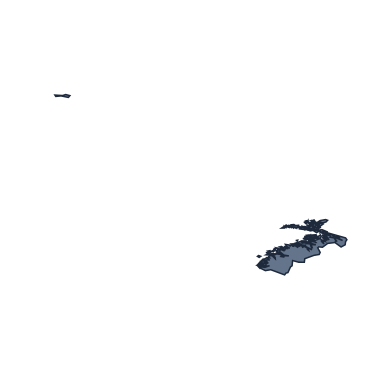 outline of Nordland, rotated 20°
{"feature_id": "NOR-75", "entity_name": "Nordland", "entity_type": "County", "adm_level": 1, "iso_a3": "NOR", "parent_name": "Norway", "parent_adm1": "", "projection": "natural_earth1", "projection_center": [13.986, 68.065], "detail": "fine", "context": "isolated", "style": "filled", "palette": "slate", "viewbox_px": 384, "rotation_deg": 20, "n_neighbors": 0, "source": "natural_earth", "source_scale": "10m", "svg_char_len": 6188}
<svg xmlns="http://www.w3.org/2000/svg" viewBox="0 0 384 384"><g transform="rotate(20 192 192)"><path d="M353.9,183.9L353.3,186.1L354.0,189.2L350.9,192.7L343.6,190.6L337.1,193.9L333.5,199.3L329.9,200.2L329.2,201.4L333.1,204.9L332.9,207.2L328.3,209.8L320.8,216.1L321.6,219.6L316.3,221.5L310.0,222.0L311.3,227.1L310.2,228.7L309.7,234.9L308.0,236.1L307.4,238.2L292.6,238.1L287.8,240.8L280.9,240.0L280.8,239.2L286.3,237.9L290.1,234.7L284.7,237.7L283.0,237.6L284.6,236.8L282.8,236.3L287.3,235.9L281.5,236.2L284.7,234.0L287.0,234.7L284.4,232.8L287.3,234.0L286.3,233.0L288.2,232.6L286.0,232.6L286.6,232.3L285.5,231.7L286.1,231.5L285.6,230.5L284.9,231.8L284.3,231.6L285.1,230.6L283.9,231.5L282.9,230.3L284.7,228.2L286.4,229.0L286.0,229.5L288.3,229.7L285.4,227.9L287.4,227.3L286.1,226.6L287.0,225.1L289.1,224.5L293.1,226.3L292.4,224.9L290.0,224.1L291.4,222.6L287.1,222.8L297.5,220.1L298.1,220.5L297.0,221.0L298.1,221.0L297.6,222.2L301.1,221.6L298.5,221.0L304.9,218.9L298.6,220.1L298.1,219.3L291.5,221.1L293.0,219.8L297.6,219.0L294.8,218.0L295.1,218.7L293.8,219.2L291.4,218.9L291.0,218.3L292.7,217.8L292.2,216.7L293.0,216.5L290.6,215.6L292.3,215.3L293.8,216.7L295.4,216.7L294.3,216.5L294.2,215.6L299.2,215.8L296.6,215.0L299.9,214.3L293.9,215.2L294.1,214.2L296.0,214.0L293.1,213.6L293.4,213.4L297.7,213.8L293.8,212.6L299.5,213.0L301.9,212.3L298.1,212.6L297.9,212.0L300.3,211.8L297.2,211.5L303.2,211.4L299.5,210.7L297.7,209.3L303.0,208.2L301.9,208.8L302.5,209.3L302.8,209.2L304.0,207.1L305.1,208.5L306.1,208.3L306.6,207.1L310.2,207.8L310.4,207.1L306.6,206.7L307.7,205.5L308.8,205.4L308.5,206.3L312.5,206.1L309.6,205.2L310.7,204.8L315.3,204.7L314.2,205.6L315.4,206.5L314.7,205.6L316.7,204.7L320.2,205.6L320.1,206.5L321.7,207.0L320.1,204.9L324.6,205.3L316.3,204.1L317.5,203.2L311.5,204.6L310.8,204.7L311.8,203.7L307.3,204.2L310.9,201.4L313.4,202.1L316.1,201.0L313.3,201.0L312.1,200.3L316.2,198.9L317.4,199.6L315.6,199.2L316.2,199.9L315.6,200.4L313.4,200.6L315.7,200.7L317.8,199.9L317.2,201.4L320.7,200.4L323.5,203.7L324.1,203.3L321.9,200.7L326.4,199.3L318.4,199.7L318.8,198.7L321.2,198.9L320.4,198.1L317.6,198.3L319.6,197.2L319.1,196.7L322.1,197.4L323.5,197.3L320.4,196.5L322.7,196.2L325.2,197.3L325.6,197.1L323.1,196.0L323.9,195.5L320.5,195.5L320.7,194.5L317.7,196.8L313.5,197.9L312.1,197.7L314.0,197.0L312.9,196.6L316.9,196.4L312.7,195.2L316.7,194.6L313.6,194.7L315.4,193.9L318.3,194.3L317.9,195.0L321.3,193.6L322.0,193.6L321.6,194.3L321.9,194.6L324.6,193.1L325.9,193.9L328.3,192.0L325.7,191.7L326.1,191.2L325.0,191.8L322.7,191.7L322.0,191.1L320.3,192.4L318.8,191.7L323.2,189.7L324.4,190.7L322.9,190.9L323.0,191.5L325.7,190.8L327.3,188.4L328.8,189.8L328.1,191.8L329.9,192.6L330.5,194.1L332.9,195.3L333.9,195.4L330.9,194.0L330.9,192.7L330.1,192.3L333.3,193.9L331.6,192.3L333.1,192.9L334.2,192.9L332.3,191.4L335.9,191.2L331.1,190.9L330.5,190.2L334.7,189.7L333.0,188.7L329.6,189.1L331.8,188.6L328.8,187.9L330.9,187.5L337.3,190.2L334.4,188.0L330.2,186.8L335.9,185.9L338.0,186.5L337.5,187.2L341.1,186.5L343.6,188.3L343.7,189.7L344.7,188.6L342.3,187.0L342.6,185.9L350.1,186.1L345.2,185.3L346.1,184.0L340.1,185.5L339.6,185.3L340.7,184.8L339.4,184.3L333.6,185.4L333.3,184.0L352.0,182.6L353.9,183.9ZM333.4,183.2L328.7,183.9L326.3,186.5L325.9,184.5L324.7,185.6L325.3,186.1L324.4,185.6L323.0,187.6L319.3,186.8L322.8,184.9L321.9,184.3L320.7,185.7L316.4,188.1L315.2,188.1L317.7,185.5L319.7,185.1L318.3,184.9L319.4,184.6L317.5,184.1L318.0,183.6L323.0,182.7L320.7,181.0L324.0,181.3L321.1,180.6L320.8,179.6L323.0,179.4L322.0,178.7L323.5,177.3L326.2,177.3L324.0,180.5L324.8,181.5L323.6,182.6L323.2,185.1L327.0,182.9L333.4,183.2ZM308.1,182.0L309.8,180.8L308.6,180.5L309.2,179.9L309.9,179.7L310.2,180.6L310.8,180.8L310.9,179.3L311.6,180.5L314.2,180.4L314.8,178.8L315.4,179.9L315.9,179.0L317.2,179.5L315.4,177.2L316.3,176.5L318.2,178.0L317.6,178.5L318.9,178.1L318.2,179.4L320.0,179.0L318.7,179.8L320.1,180.9L319.9,181.8L316.1,183.2L313.0,182.7L317.3,181.3L317.2,180.5L315.7,180.2L316.2,180.6L315.6,181.2L313.3,181.8L311.5,181.2L309.6,182.8L308.1,182.0ZM44.3,143.2L43.5,145.4L36.1,146.5L31.3,148.8L30.0,147.8L37.4,145.6L40.0,143.6L44.3,143.2ZM317.5,185.2L312.2,188.3L312.7,187.3L312.0,187.0L310.7,188.8L305.7,189.9L305.7,189.1L307.6,188.5L306.4,188.4L307.3,188.2L307.0,187.4L309.3,187.5L307.9,186.5L310.4,186.6L309.8,185.9L311.2,185.6L311.8,186.4L312.5,185.5L313.2,185.9L312.8,186.8L314.1,185.5L317.5,185.2ZM321.7,178.0L320.5,178.5L320.4,177.3L322.2,175.0L327.0,172.2L329.1,172.2L328.2,174.3L325.5,176.2L321.7,176.5L321.7,178.0ZM302.9,188.1L305.2,188.3L303.7,189.5L300.5,189.8L301.4,190.4L299.9,190.4L299.6,191.2L298.4,190.4L297.5,191.6L296.7,191.2L298.3,189.8L297.0,190.2L297.6,189.6L297.0,189.4L298.6,188.7L297.2,188.5L298.9,187.7L300.8,188.1L303.1,187.0L302.9,188.1ZM281.7,230.8L284.7,233.6L279.1,236.5L280.0,234.2L281.1,233.9L280.5,233.6L282.5,232.5L280.9,232.4L281.7,230.8ZM291.8,190.8L293.1,191.0L291.8,191.9L292.5,191.9L292.6,193.2L290.9,192.8L291.7,193.6L291.3,194.2L288.5,195.3L291.8,190.8ZM330.1,184.1L333.1,185.0L332.0,185.3L332.3,185.8L328.6,186.1L330.1,184.1ZM284.6,224.1L289.7,223.7L283.1,225.7L284.6,224.1ZM281.2,238.0L282.2,238.2L280.3,239.1L278.1,238.7L280.5,236.6L281.8,237.3L281.2,238.0ZM314.1,184.6L310.6,183.6L315.4,183.6L314.1,184.6ZM286.7,222.3L285.2,223.0L282.2,223.7L285.7,221.4L283.9,221.3L285.4,220.4L286.2,221.5L285.4,221.9L286.7,222.3ZM294.6,190.3L296.5,190.3L295.6,192.1L293.2,192.2L294.1,190.9L295.1,191.3L294.6,190.3ZM278.6,228.9L277.5,230.5L275.5,230.1L276.3,228.9L278.6,228.9ZM306.6,205.4L305.6,208.0L304.5,207.1L303.2,206.8L306.6,205.4ZM319.0,193.2L318.5,193.6L317.4,193.7L315.0,193.2L316.7,192.3L317.1,193.0L319.0,193.2ZM326.7,192.2L326.2,192.6L321.3,192.3L322.4,191.9L326.7,192.2ZM303.8,187.4L306.5,187.9L305.7,188.4L303.8,187.4ZM289.4,219.4L288.8,220.5L287.3,220.1L288.4,219.0L289.4,219.4ZM290.3,216.6L289.7,218.3L288.5,217.8L288.7,216.9L290.3,216.6ZM314.8,188.0L312.9,188.4L314.7,187.6L314.8,188.0ZM315.3,178.2L314.8,178.6L313.4,178.4L314.1,177.8L315.3,178.2ZM307.8,201.1L307.8,201.9L306.1,202.1L307.8,201.1ZM317.7,192.8L318.2,191.7L318.9,192.7L317.7,192.8ZM279.0,239.0L280.1,239.2L280.4,239.5L280.6,239.8L279.0,239.0Z" fill="#64748b" stroke="#1e293b" stroke-width="1.5"/></g></svg>